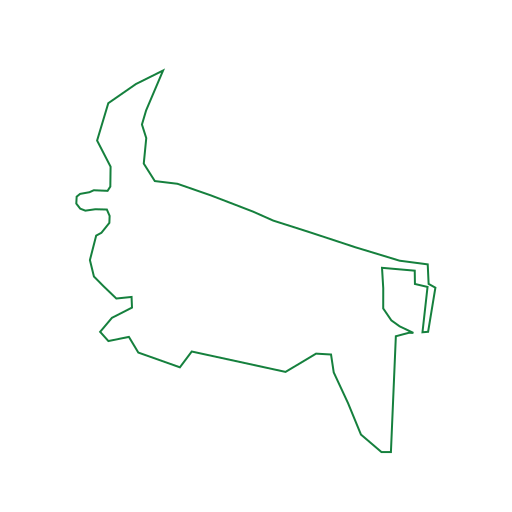 Gulistan, Sirdaryo, Uzbekistan, rotated 198°
{"feature_id": "79887680B43594264952232", "entity_name": "Gulistan", "entity_type": "district", "adm_level": 2, "iso_a3": "UZB", "parent_name": "Uzbekistan", "parent_adm1": "Sirdaryo", "projection": "orthographic", "projection_center": [68.94, 40.477], "detail": "fine", "context": "isolated", "style": "outline", "palette": "green", "viewbox_px": 512, "rotation_deg": 198, "n_neighbors": 0, "source": "geoboundaries", "source_scale": "gbopen_adm2", "svg_char_len": 1004}
<svg xmlns="http://www.w3.org/2000/svg" viewBox="0 0 512 512"><g transform="rotate(198 256 256)"><path d="M82.6,231.5L97.7,233.5L107.4,236.6L118.8,245.4L125.0,264.6L132.5,283.7L100.5,291.1L96.2,278.5L83.3,279.6L74.1,234.9L68.9,237.1L75.6,281.3L83.2,282.8L90.1,301.1L118.0,295.9L164.4,295.0L210.8,295.2L250.6,295.0L272.6,297.3L317.8,299.7L353.1,300.4L375.4,296.0L391.3,309.2L396.8,334.2L405.1,345.8L405.5,360.5L401.7,403.7L423.3,382.5L443.7,355.7L442.8,316.7L421.9,296.0L416.0,277.0L417.3,272.1L430.6,268.4L434.1,265.2L442.5,260.7L444.9,257.0L443.1,250.3L437.8,246.7L432.3,246.4L423.3,250.8L421.3,251.4L412.2,254.1L407.6,248.9L405.7,242.2L410.2,230.3L414.3,226.0L412.7,200.8L403.8,186.4L391.8,180.2L375.7,172.4L361.7,178.6L358.0,168.6L373.9,152.7L380.8,135.7L370.1,129.5L351.9,139.8L338.1,127.8L294.0,126.6L287.6,145.3L192.1,154.9L168.7,181.7L154.2,185.5L146.1,169.3L123.0,144.5L101.0,118.6L76.1,108.3L67.1,111.2L98.2,222.9L86.9,230.2L82.6,231.5Z" fill="none" stroke="#15803d" stroke-width="2"/></g></svg>